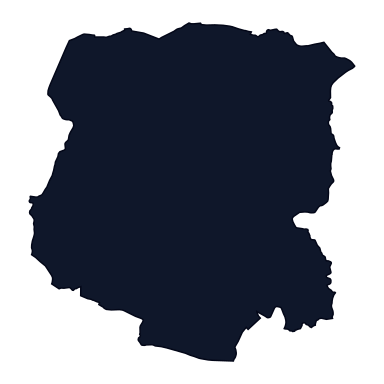 the district of Mueang Ang Thong, Ang Thong, Thailand
{"feature_id": "78962969B37597222908086", "entity_name": "Mueang Ang Thong", "entity_type": "district", "adm_level": 2, "iso_a3": "THA", "parent_name": "Thailand", "parent_adm1": "Ang Thong", "projection": "orthographic", "projection_center": [100.455, 14.575], "detail": "fine", "context": "isolated", "style": "filled", "palette": "ink", "viewbox_px": 384, "rotation_deg": 0, "n_neighbors": 0, "source": "geoboundaries", "source_scale": "gbopen_adm2", "svg_char_len": 5872}
<svg xmlns="http://www.w3.org/2000/svg" viewBox="0 0 384 384"><path d="M159.1,39.1L143.7,33.1L131.7,31.0L131.3,29.6L130.8,28.9L130.3,28.5L129.5,28.3L127.7,28.7L124.6,29.0L124.6,30.3L122.2,31.4L120.8,32.3L116.9,33.5L115.5,34.3L113.2,34.9L111.2,36.1L109.3,36.3L106.8,37.2L105.8,37.3L103.7,37.0L94.7,37.0L94.6,35.4L94.4,35.2L92.1,35.0L89.1,34.5L84.1,34.1L82.8,34.5L77.6,37.0L74.7,38.6L69.4,40.6L66.1,47.7L50.1,84.8L49.0,87.7L48.1,90.7L47.9,94.2L48.3,95.0L50.5,96.9L52.2,98.7L52.4,99.6L53.6,101.8L58.6,110.7L60.2,115.0L61.2,116.2L62.4,118.2L63.3,118.8L65.5,119.5L66.8,119.7L69.1,119.7L72.3,121.1L72.9,121.9L73.4,123.5L73.8,125.6L73.1,127.7L70.3,132.5L69.1,135.3L68.4,139.6L67.7,140.6L66.0,142.1L65.1,143.3L65.0,144.5L65.4,148.2L65.1,149.4L64.3,150.1L59.9,151.7L58.5,153.5L57.9,156.7L55.4,162.0L55.1,164.4L54.5,166.2L53.7,170.3L52.7,173.7L52.3,175.4L49.7,180.3L46.9,187.1L45.3,189.3L43.1,193.1L42.1,194.6L41.5,195.1L38.8,196.2L37.7,197.0L37.0,197.1L35.8,197.1L31.2,196.4L30.4,196.3L30.2,196.5L30.4,198.9L30.2,199.4L29.4,200.4L29.3,201.5L29.8,202.3L30.3,202.6L32.4,202.8L32.8,203.0L33.1,203.7L33.2,204.8L32.9,205.9L31.8,207.7L31.4,209.1L29.8,211.0L29.6,212.6L29.8,213.5L30.2,214.2L31.7,215.5L33.8,218.7L34.1,219.4L34.2,220.8L33.6,223.7L34.3,226.7L34.1,229.3L34.5,232.8L34.4,234.2L33.8,236.6L32.4,241.0L31.7,245.0L31.6,247.8L32.3,250.0L32.4,251.3L32.1,253.2L31.6,254.7L35.6,257.4L40.4,261.8L45.4,265.9L51.5,275.2L52.4,277.1L52.6,278.2L52.6,279.6L52.2,282.4L51.7,283.9L59.1,288.8L61.0,288.0L63.9,288.2L69.4,287.5L70.5,288.1L72.4,290.2L73.4,290.3L74.8,288.8L76.3,288.6L78.2,287.5L80.8,286.6L80.7,295.7L87.8,298.7L91.1,299.3L92.6,300.1L93.7,300.3L97.0,301.8L99.3,302.4L99.6,302.7L99.6,302.9L98.8,304.3L98.9,304.6L103.3,307.2L103.7,307.8L105.1,308.8L106.4,309.4L111.4,309.9L119.3,309.6L122.4,310.0L124.0,310.6L135.5,316.3L141.2,318.4L142.8,319.3L143.2,320.5L143.0,321.1L142.5,322.3L140.4,325.8L140.0,327.3L140.1,332.8L139.7,334.3L140.3,335.1L140.4,335.4L140.0,336.8L138.6,337.9L138.2,339.4L138.3,340.2L138.7,340.9L139.9,342.4L141.2,344.6L141.6,345.0L142.4,345.2L143.5,345.3L144.9,345.3L146.2,344.9L152.2,344.7L153.6,345.1L155.2,345.9L161.2,346.6L166.8,347.9L185.4,353.2L190.2,355.2L194.1,356.4L199.0,358.2L200.7,358.6L208.1,359.9L212.7,360.3L233.4,361.0L233.8,359.5L234.5,358.6L235.4,357.0L235.9,355.4L236.2,354.0L236.2,352.7L235.8,350.0L234.8,347.1L238.1,341.4L242.3,332.2L246.2,327.4L248.1,329.4L260.3,318.1L258.5,316.1L257.5,313.8L256.9,311.6L265.0,316.1L267.1,317.5L267.8,317.7L268.9,317.6L270.2,317.1L270.6,316.7L274.4,308.2L275.1,307.2L276.1,306.6L277.0,306.5L279.5,307.0L280.8,307.5L281.5,308.4L283.5,313.7L285.0,316.9L285.8,320.1L286.0,322.3L285.8,324.0L285.2,326.3L284.2,328.6L285.0,328.9L287.7,329.1L289.0,329.9L290.0,330.9L291.5,330.8L292.6,331.5L294.5,331.2L294.8,331.0L295.1,330.1L296.2,330.0L297.5,329.3L300.4,328.6L302.0,325.5L302.1,323.8L302.5,323.3L303.9,322.7L304.8,322.8L306.2,324.4L308.5,325.2L309.8,326.7L311.3,327.5L313.7,325.7L315.3,325.2L315.3,324.0L316.2,320.8L316.8,320.3L317.9,319.9L318.7,319.0L319.7,318.5L321.3,318.2L326.4,319.3L332.5,318.4L332.1,317.0L333.1,314.5L333.1,312.8L332.9,311.1L331.5,307.1L331.4,305.2L332.0,303.1L332.1,301.0L332.6,298.2L333.9,294.8L335.4,292.8L335.1,292.4L334.5,292.2L332.6,292.2L331.2,290.3L328.7,288.6L327.8,287.4L327.1,285.8L327.0,285.2L327.4,284.9L329.1,284.3L330.4,283.5L330.9,282.2L330.9,280.2L330.6,279.5L330.0,278.7L327.0,277.6L326.5,277.1L326.3,276.3L326.5,275.6L326.9,275.2L329.7,273.9L330.6,273.2L330.9,272.7L330.9,272.0L329.7,267.2L329.9,266.4L331.1,263.8L331.3,263.1L331.2,262.5L330.7,261.9L329.6,261.4L328.3,260.9L326.4,260.8L326.0,260.5L325.6,259.5L325.2,257.1L324.5,256.4L322.3,255.0L321.8,253.2L320.8,252.0L319.8,248.1L317.3,245.3L315.0,240.2L314.4,239.9L312.0,239.7L310.8,239.3L309.9,237.1L309.8,235.5L309.1,234.1L309.0,233.4L307.9,232.2L308.1,230.5L307.8,229.5L306.1,229.0L304.2,229.2L302.4,228.7L297.0,227.9L296.0,227.5L294.5,225.0L292.9,221.8L292.3,219.7L292.3,218.5L292.6,217.6L293.8,216.3L299.6,212.3L304.9,211.9L307.9,212.1L310.1,212.7L311.4,212.8L313.6,212.7L314.7,212.4L315.3,211.8L318.3,207.3L319.3,206.3L320.0,205.8L321.8,205.5L323.1,204.9L326.4,202.4L327.7,201.0L328.1,199.3L328.5,192.9L328.3,188.6L329.7,186.2L331.3,183.9L333.3,181.9L333.7,181.0L333.5,179.7L331.5,175.6L330.3,171.0L331.0,168.8L330.7,165.9L330.7,163.5L331.3,161.0L331.7,156.4L331.6,155.8L332.1,154.3L332.1,152.9L332.6,151.3L333.2,150.1L334.4,149.0L336.1,148.7L336.9,149.0L339.1,149.0L339.5,147.7L338.4,147.1L337.1,145.8L336.6,145.0L335.4,142.4L334.0,138.2L333.7,136.0L333.3,135.2L332.7,134.6L331.1,133.7L330.6,128.4L330.1,126.7L328.7,124.7L328.3,123.1L328.5,121.3L328.9,120.6L329.8,119.7L329.5,117.8L329.7,116.2L330.2,114.7L331.7,113.4L332.2,112.7L332.3,111.9L332.1,110.6L332.8,108.3L332.7,106.0L331.5,104.7L331.7,103.0L330.7,101.6L329.2,101.1L328.7,100.7L328.8,100.0L329.6,99.0L330.5,97.7L330.4,90.9L330.7,87.6L331.5,85.1L333.2,82.7L338.2,77.9L345.4,72.3L348.3,70.4L352.4,68.3L354.3,66.7L354.7,66.1L351.7,62.3L350.6,61.3L349.7,60.6L346.4,58.8L344.7,58.1L341.3,58.1L338.8,57.6L336.7,56.9L335.2,56.1L333.9,54.1L331.8,52.2L323.9,42.3L319.8,43.3L314.8,44.2L308.1,45.8L306.5,45.8L302.3,46.2L300.8,46.2L298.8,45.8L296.8,44.9L296.2,44.3L293.7,41.2L293.4,40.4L292.4,36.8L291.9,36.0L290.1,35.4L288.9,34.0L288.0,33.6L287.8,32.8L287.1,32.8L284.3,33.5L283.8,32.1L283.0,31.6L282.0,31.4L281.0,31.7L279.3,31.5L278.6,31.2L276.7,29.2L275.1,29.3L270.4,30.3L268.6,29.7L268.0,29.8L267.2,30.3L266.6,31.2L266.5,32.9L266.3,33.3L264.2,33.5L262.6,34.6L260.3,35.1L258.6,36.6L257.9,36.8L257.3,36.6L256.3,35.8L255.2,35.2L253.4,35.2L250.3,34.4L251.3,31.9L248.7,31.5L245.4,30.6L244.3,30.5L238.2,28.8L232.4,26.8L229.7,26.2L223.1,25.3L214.8,24.9L206.4,25.1L201.1,24.6L200.8,23.5L200.5,23.2L194.1,23.8L191.3,23.8L189.0,23.0L184.6,25.6L181.3,28.0L178.0,28.8L176.6,29.4L174.0,31.3L161.5,37.5L159.1,39.1Z" fill="#0f172a" stroke="#020617" stroke-width="1.5"/></svg>